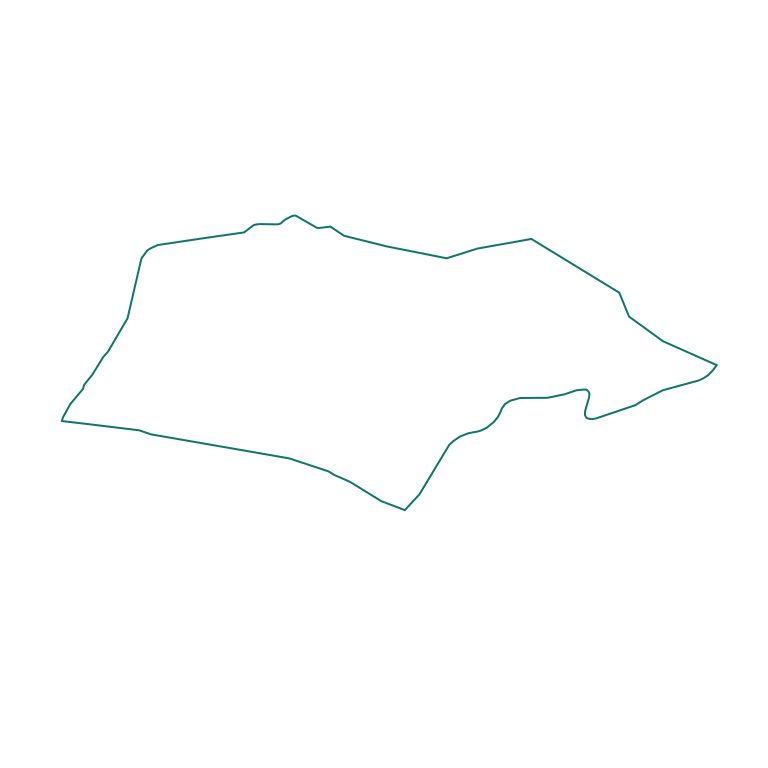 an SVG outline of Eastern Darfur, rotated 122°
{"feature_id": "SDN-5857", "entity_name": "Eastern Darfur", "entity_type": "State", "adm_level": 1, "iso_a3": "SDN", "parent_name": "Sudan", "parent_adm1": "", "projection": "albers", "projection_center": [26.343, 11.27], "detail": "fine", "context": "isolated", "style": "outline", "palette": "teal", "viewbox_px": 768, "rotation_deg": 122, "n_neighbors": 0, "source": "natural_earth", "source_scale": "10m", "svg_char_len": 1330}
<svg xmlns="http://www.w3.org/2000/svg" viewBox="0 0 768 768"><g transform="rotate(122 384 384)"><path d="M404.9,656.2L396.3,655.5L392.6,653.8L386.0,649.5L357.7,616.3L329.6,583.0L318.1,578.6L315.9,576.3L314.2,574.1L305.3,559.3L304.4,558.2L303.9,557.7L302.9,556.9L302.5,556.7L298.4,555.5L296.2,554.5L290.8,551.3L289.6,550.3L288.7,549.3L288.3,548.6L288.0,547.8L287.1,524.3L287.0,523.5L286.7,522.8L285.9,521.5L279.4,513.4L278.9,513.0L279.5,496.5L265.9,454.7L244.2,397.5L219.6,376.5L182.9,335.9L181.9,232.8L197.0,211.9L199.9,170.1L191.7,111.8L198.4,112.4L204.8,113.8L209.7,116.1L213.8,118.6L241.5,144.2L261.3,156.1L268.6,159.5L300.9,186.0L303.4,188.8L304.9,191.7L305.3,194.7L303.8,197.1L300.7,199.0L287.4,202.8L284.4,204.0L282.9,205.1L282.1,206.4L281.5,209.2L283.2,212.1L287.3,217.4L296.7,225.1L309.0,237.9L323.7,261.1L331.3,268.1L336.7,270.7L342.1,271.1L346.7,270.3L351.7,269.9L357.9,270.7L366.4,273.6L371.4,276.6L374.3,279.0L380.8,286.1L388.4,291.8L395.3,294.8L400.9,296.4L459.0,295.5L479.9,299.5L484.8,324.2L485.0,360.8L487.5,378.1L487.5,384.5L487.6,385.1L497.3,424.9L550.1,554.7L553.0,567.1L575.5,615.1L586.1,637.5L584.5,638.1L582.1,638.6L567.3,639.4L548.1,636.7L547.3,636.8L544.2,637.7L543.3,637.8L531.2,636.3L509.8,636.4L502.9,635.2L464.2,636.3L406.5,656.1L404.9,656.2Z" fill="none" stroke="#0f766e" stroke-width="2"/></g></svg>